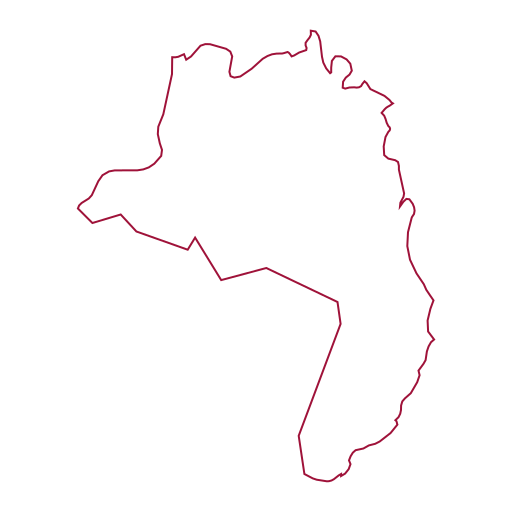 map outline of Lofa (Natural Earth projection)
{"feature_id": "LBR-787", "entity_name": "Lofa", "entity_type": "County", "adm_level": 1, "iso_a3": "LBR", "parent_name": "Liberia", "parent_adm1": "", "projection": "natural_earth1", "projection_center": [-9.763, 7.877], "detail": "fine", "context": "isolated", "style": "outline", "palette": "rose", "viewbox_px": 512, "rotation_deg": 0, "n_neighbors": 0, "source": "natural_earth", "source_scale": "10m", "svg_char_len": 2319}
<svg xmlns="http://www.w3.org/2000/svg" viewBox="0 0 512 512"><path d="M77.9,208.5L79.1,205.5L81.6,203.0L88.8,198.5L91.8,195.2L98.3,181.2L102.5,175.2L109.1,171.4L114.7,170.4L137.5,170.3L143.3,169.4L148.8,167.4L154.3,163.7L161.2,155.9L162.0,149.9L159.8,143.3L157.8,134.1L158.3,126.7L163.3,114.3L172.0,74.1L172.2,57.2L175.2,57.3L178.2,56.8L184.0,54.2L186.2,59.7L191.0,56.5L200.5,45.7L205.3,44.1L210.0,44.2L226.1,48.8L230.3,51.6L232.2,56.4L229.4,71.8L230.6,76.2L234.3,77.6L240.3,76.5L251.7,68.7L262.7,58.8L267.5,56.0L272.0,54.3L276.7,53.6L282.2,53.5L283.6,53.2L287.6,52.0L288.9,52.8L290.2,54.3L291.6,56.4L294.1,55.5L299.2,52.5L306.2,50.1L306.6,48.0L305.6,45.4L305.6,42.8L307.6,40.0L309.6,37.5L310.9,34.8L310.8,30.7L315.6,31.5L318.5,35.8L320.2,41.4L322.0,56.8L323.3,62.6L326.2,68.4L330.1,73.2L331.2,72.4L331.2,67.6L331.9,60.9L335.4,56.3L341.0,56.4L346.6,59.4L350.3,63.7L351.8,70.7L349.5,74.6L345.8,77.6L343.1,81.7L342.7,87.7L345.2,88.6L349.5,87.5L354.3,87.3L356.6,87.6L359.0,87.3L361.1,86.1L362.4,83.9L364.5,81.3L366.7,83.2L370.4,89.1L384.5,95.9L389.5,100.0L391.5,102.5L392.9,103.4L389.5,105.8L388.3,106.4L386.4,107.6L384.7,109.2L381.6,112.9L384.2,115.7L385.6,119.1L386.7,122.8L388.3,126.0L389.7,127.4L390.1,128.9L389.7,130.4L388.3,131.9L385.5,137.0L383.7,146.4L384.2,155.1L388.3,158.6L395.2,160.2L398.0,162.0L398.9,165.9L398.9,169.6L404.1,193.4L403.5,196.8L400.4,202.7L400.0,206.5L403.4,201.7L406.4,198.9L409.4,199.3L412.7,203.8L414.1,207.3L414.6,210.7L414.0,214.0L412.0,217.0L411.6,218.0L408.0,232.2L407.3,246.1L410.0,259.7L416.5,273.4L423.8,284.2L426.3,289.8L430.0,295.3L433.5,300.4L430.4,308.8L427.6,320.5L428.1,331.5L434.1,339.5L431.0,342.2L428.6,346.4L426.9,351.4L425.6,360.1L423.5,363.8L418.5,370.6L419.6,375.2L417.2,382.2L410.8,393.2L405.0,398.3L402.3,401.4L401.1,405.5L401.0,410.0L400.2,413.8L398.5,417.2L395.4,420.2L396.4,421.1L396.8,422.3L397.0,423.4L397.4,424.6L390.6,433.0L379.7,441.5L375.2,443.8L368.9,445.4L363.4,448.5L355.6,450.2L352.8,452.7L350.6,456.3L349.0,460.4L350.5,464.1L348.7,469.1L345.1,473.6L341.1,476.0L341.1,474.0L338.7,475.4L333.9,479.2L331.5,480.5L328.9,481.2L326.9,481.3L316.7,479.7L312.8,478.4L304.4,474.0L298.7,435.8L340.6,323.9L337.5,302.0L266.3,268.0L221.2,280.1L195.1,237.6L187.7,249.7L136.4,231.5L120.7,214.5L92.4,223.0L77.9,208.5Z" fill="none" stroke="#9f1239" stroke-width="2"/></svg>